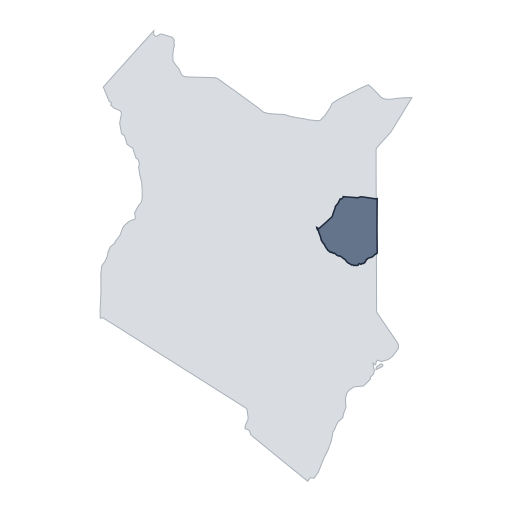 location of Wajir South, North-Eastern, Kenya
{"feature_id": "3690345B47933297170219", "entity_name": "Wajir South", "entity_type": "district", "adm_level": 2, "iso_a3": "KEN", "parent_name": "Kenya", "parent_adm1": "North-Eastern", "projection": "robinson", "projection_center": [40.096, 0.963], "detail": "fine", "context": "in_parent", "style": "filled", "palette": "slate", "viewbox_px": 512, "rotation_deg": 0, "n_neighbors": 0, "source": "geoboundaries", "source_scale": "gbopen_adm2", "svg_char_len": 7299}
<svg xmlns="http://www.w3.org/2000/svg" viewBox="0 0 512 512"><path d="M100.2,318.0L100.1,310.5L101.0,291.3L100.8,274.4L101.7,266.0L105.4,260.7L107.1,256.8L108.3,251.3L110.2,246.9L114.6,243.3L115.4,241.3L120.0,235.3L122.8,227.6L124.9,225.0L127.5,222.5L129.4,221.3L132.4,220.0L134.8,219.2L135.2,218.6L135.4,217.4L134.6,212.6L135.6,211.0L137.3,207.8L139.1,204.8L140.8,202.9L141.7,201.0L142.2,197.6L142.2,195.2L142.2,191.3L141.7,182.5L139.8,175.0L138.6,166.7L139.5,164.0L137.9,159.1L137.2,158.9L135.9,157.8L134.3,153.2L133.1,149.0L132.3,148.0L127.1,144.3L124.5,135.7L121.6,133.7L120.0,125.2L119.7,122.7L121.4,114.2L121.2,112.2L119.5,110.4L114.6,108.5L110.6,105.0L111.1,103.8L111.4,102.5L109.3,101.6L103.3,87.0L111.1,78.2L119.1,69.3L129.2,58.0L138.5,47.7L146.6,38.7L153.8,30.7L153.6,32.2L153.7,34.3L154.5,35.5L156.0,36.4L158.1,35.5L159.9,34.2L161.6,34.0L172.4,37.3L174.2,40.2L174.1,43.3L174.5,45.6L173.7,47.8L172.8,54.7L173.0,61.0L176.3,65.7L179.2,69.3L181.4,74.4L183.1,76.0L185.5,76.8L192.9,77.1L203.9,77.4L214.4,77.7L215.4,77.8L217.6,78.5L227.3,85.5L236.2,91.8L243.8,97.4L251.1,102.7L258.2,107.9L263.7,112.3L269.1,113.6L277.9,114.2L284.1,114.4L289.7,116.2L298.1,117.9L304.4,118.8L308.2,119.8L318.7,120.8L320.4,120.2L325.0,115.4L330.2,107.6L332.2,103.3L338.9,99.0L350.7,93.1L359.0,88.9L368.3,84.7L372.5,88.3L378.2,94.2L380.8,97.1L382.9,98.4L386.1,99.2L389.9,99.3L392.0,99.1L396.2,98.4L406.2,97.7L411.9,97.7L407.1,105.5L401.4,114.9L390.8,132.1L382.7,141.1L376.6,147.9L376.1,149.2L376.1,156.8L376.1,175.4L376.3,212.7L376.4,250.0L376.5,287.3L376.6,305.9L376.6,312.2L382.0,320.0L387.2,327.7L394.1,337.8L397.8,343.2L398.5,345.1L398.3,348.7L392.6,356.3L387.9,359.7L381.6,361.4L379.7,361.1L377.3,360.0L376.3,361.8L375.6,364.6L374.2,364.1L373.1,363.2L373.8,368.3L374.4,370.7L373.5,374.1L370.4,377.1L370.1,379.5L363.5,386.0L354.2,386.8L349.3,390.0L347.1,392.6L345.4,398.4L346.0,407.3L343.4,414.1L342.9,417.5L338.1,421.9L335.9,426.0L334.3,430.1L333.0,431.9L331.3,441.2L329.1,446.8L328.5,448.7L327.9,450.4L326.2,453.7L325.0,455.9L324.2,457.4L318.5,471.8L314.1,478.3L310.6,477.6L308.3,480.1L308.0,481.3L306.8,480.6L303.9,478.2L297.9,473.3L291.9,468.5L285.9,463.6L279.9,458.7L273.9,453.8L267.9,448.9L261.9,444.0L255.9,439.1L252.4,436.2L250.8,434.6L249.6,431.2L249.0,430.3L247.4,429.3L245.6,429.0L245.0,428.4L245.0,426.8L245.7,424.4L247.9,419.9L248.1,417.3L247.7,414.3L247.0,409.5L246.4,408.4L242.4,405.9L234.1,400.6L225.8,395.4L217.4,390.1L209.1,384.8L200.8,379.6L192.5,374.3L184.1,369.1L175.8,363.8L167.5,358.5L159.1,353.3L150.8,348.0L142.5,342.7L134.1,337.5L125.8,332.2L117.5,326.9L109.1,321.7L106.0,319.7L103.2,318.0L100.2,318.0ZM377.2,369.2L375.8,369.6L376.5,367.0L380.8,363.8L382.6,364.5L382.9,365.3L382.8,365.9L382.1,366.6L377.2,369.2Z" fill="#d9dde1" stroke="#a8b0b8" stroke-width="1"/><path d="M377.2,253.2L377.1,243.0L377.1,242.3L377.0,228.6L377.1,207.7L377.2,199.4L377.2,198.6L375.2,198.8L374.7,198.7L368.7,197.8L365.2,197.3L363.9,197.1L363.3,197.0L362.9,197.0L361.5,196.8L361.1,196.7L360.9,196.7L358.7,197.4L358.3,197.6L358.1,197.7L357.9,197.7L357.4,197.7L357.3,197.8L354.0,197.4L353.3,197.4L352.1,197.3L349.2,197.1L348.5,197.0L347.2,197.0L346.2,196.9L343.2,196.6L343.2,196.9L343.2,197.0L343.0,197.5L342.4,198.1L341.7,198.8L341.5,199.0L341.4,199.1L340.8,199.0L340.2,198.9L340.0,199.0L339.7,200.0L339.5,200.4L339.4,200.5L339.0,201.2L338.9,201.3L338.9,201.5L338.6,202.1L338.4,202.4L338.4,202.5L338.2,202.7L338.2,202.9L338.0,203.2L337.7,203.6L337.5,203.9L337.3,204.1L337.2,204.3L336.9,204.5L336.3,205.4L336.2,205.5L335.8,205.8L335.7,205.9L335.6,206.0L335.5,206.3L335.4,206.5L335.3,206.8L335.2,207.3L335.2,207.7L335.0,208.1L335.0,208.3L335.0,208.5L334.4,209.8L334.3,210.2L334.1,210.7L333.5,212.3L333.4,212.5L333.3,212.9L333.1,213.5L332.8,214.6L332.6,215.3L332.3,216.0L332.2,216.3L332.1,216.5L331.9,216.8L331.7,217.1L330.4,218.2L329.5,219.1L328.9,219.6L327.0,221.4L325.5,222.8L325.0,223.2L322.4,225.5L320.0,227.6L319.5,228.1L319.1,228.4L318.8,228.6L318.7,228.7L318.6,228.8L318.4,228.8L318.3,228.7L318.2,228.5L318.2,228.3L318.0,228.2L317.8,228.0L317.3,227.7L317.1,227.6L316.9,227.5L316.7,227.4L316.8,228.1L317.0,228.4L317.1,228.8L317.3,229.2L317.4,229.6L317.4,229.8L317.5,230.0L318.0,230.2L318.1,230.3L318.2,230.5L318.5,231.0L318.6,231.3L318.7,232.0L318.8,232.4L318.9,232.6L319.2,233.4L319.6,234.5L319.9,235.2L320.2,235.9L320.4,236.6L320.6,237.4L320.8,238.1L320.9,238.8L321.0,239.1L321.1,239.4L321.2,239.5L321.2,239.9L321.3,240.0L321.4,240.3L321.5,240.6L321.7,240.8L321.8,240.9L321.9,241.2L322.1,241.4L322.1,241.6L322.3,241.9L322.4,242.0L322.6,242.1L322.7,242.3L322.7,242.5L322.8,242.6L323.0,243.0L323.3,243.3L323.5,243.6L323.8,243.9L323.8,244.0L324.0,244.2L324.2,244.3L324.3,244.4L324.5,244.6L324.6,244.8L324.7,245.0L324.8,245.5L324.9,245.8L325.0,246.0L325.2,246.3L325.3,246.5L325.5,246.7L325.6,246.9L325.7,247.0L325.8,247.3L325.9,247.5L326.0,247.6L326.2,247.9L326.2,248.0L326.3,248.1L326.5,248.2L326.6,248.4L326.6,248.5L326.8,248.8L327.0,249.0L327.3,249.3L327.3,249.5L327.6,249.7L327.7,249.8L327.7,250.0L327.8,250.1L327.9,250.4L328.0,250.5L328.4,250.7L328.5,250.8L328.8,250.9L328.9,251.0L329.0,251.0L329.2,251.3L329.3,251.4L329.5,251.5L329.6,251.8L329.8,251.8L329.9,252.0L330.1,252.0L330.3,252.1L330.5,252.2L330.6,252.3L330.8,252.3L330.9,252.2L331.0,252.2L331.2,252.3L331.4,252.3L331.5,252.3L331.6,252.5L331.9,252.4L332.0,252.4L332.1,252.5L332.3,252.5L332.5,252.5L332.7,252.8L332.8,252.9L333.0,253.0L333.3,253.2L333.3,253.3L333.5,253.4L333.8,253.2L334.0,253.2L334.3,253.2L334.5,253.2L334.8,253.3L335.0,253.4L335.1,253.6L335.6,254.1L336.1,254.5L336.4,254.8L336.7,255.0L337.0,255.3L337.4,255.5L337.8,255.6L338.2,255.8L338.6,256.0L338.9,256.0L339.1,256.1L339.4,256.1L340.1,256.1L340.3,256.1L340.5,256.2L340.7,256.3L340.8,256.4L341.2,256.7L342.2,257.5L342.4,257.6L342.9,258.1L343.5,258.6L344.0,258.9L344.4,259.0L344.5,259.1L344.7,259.3L344.9,259.4L345.2,259.7L345.5,260.1L346.0,260.8L346.2,261.1L346.4,261.3L346.6,261.6L346.8,261.8L347.1,262.1L347.4,262.4L347.7,262.7L348.1,262.9L348.5,263.2L348.9,263.4L349.1,263.4L349.4,263.6L350.1,264.0L350.5,264.2L351.0,264.7L351.2,264.8L351.3,264.9L352.1,264.9L352.5,264.9L353.1,265.0L353.3,265.1L353.5,265.2L353.6,265.3L353.9,265.5L354.0,265.6L354.3,265.5L354.6,265.4L354.8,265.3L355.1,265.3L355.3,265.3L355.9,265.5L356.1,265.5L356.3,265.5L357.0,265.5L357.1,265.4L357.3,265.4L357.6,265.1L357.8,265.0L358.0,265.1L358.3,265.0L358.3,264.9L358.4,264.5L358.5,264.4L358.7,264.2L358.8,264.1L358.8,263.9L359.1,263.7L359.3,263.6L359.5,263.6L359.8,263.8L360.0,263.9L360.2,264.0L360.3,264.1L360.5,264.2L360.8,264.2L361.1,264.1L361.3,264.2L361.6,263.8L361.7,263.7L361.8,263.7L362.0,263.7L362.3,263.4L362.6,263.5L363.0,263.4L363.4,263.4L363.5,263.5L363.8,263.4L364.1,263.1L364.4,262.8L364.8,262.5L365.0,262.3L365.1,262.2L365.1,261.8L365.1,261.7L365.3,261.6L365.5,261.5L365.6,261.4L365.9,260.7L366.0,260.4L366.1,260.1L366.1,259.9L366.3,259.6L366.5,259.5L366.6,259.4L366.9,259.4L367.1,259.3L367.3,259.2L367.5,258.8L367.7,258.6L367.9,258.4L368.4,258.1L368.6,258.0L368.8,258.0L369.9,257.7L370.4,257.5L371.1,257.4L371.3,257.3L371.5,257.3L371.8,257.1L373.0,256.4L373.8,255.5L374.2,255.0L374.3,254.9L374.8,254.6L375.1,254.5L375.3,254.4L375.5,254.3L375.6,254.2L375.8,254.0L375.9,253.9L376.1,253.9L376.5,253.7L377.0,253.4L377.2,253.2Z" fill="#64748b" stroke="#1e293b" stroke-width="1.5"/></svg>